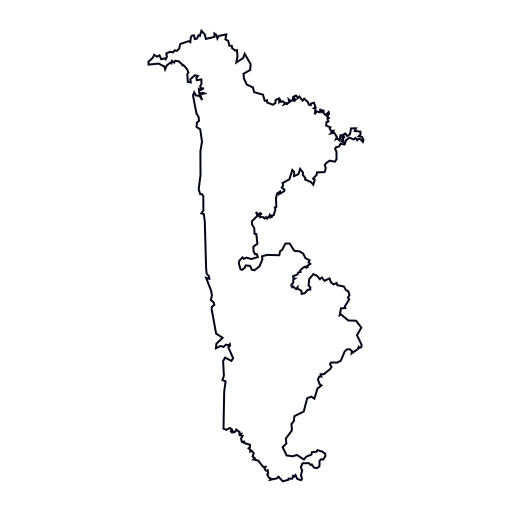 outline of Bajo Baudó (Pizarro), Chocó, Colombia
{"feature_id": "7082276B26608751492830", "entity_name": "Bajo Baudó (Pizarro)", "entity_type": "district", "adm_level": 2, "iso_a3": "COL", "parent_name": "Colombia", "parent_adm1": "Chocó", "projection": "robinson", "projection_center": [-77.183, 5.002], "detail": "fine", "context": "isolated", "style": "outline", "palette": "ink", "viewbox_px": 512, "rotation_deg": 0, "n_neighbors": 0, "source": "geoboundaries", "source_scale": "gbopen_adm2", "svg_char_len": 6022}
<svg xmlns="http://www.w3.org/2000/svg" viewBox="0 0 512 512"><path d="M362.9,141.9L363.5,139.9L362.0,136.9L358.7,136.3L360.5,134.4L360.4,131.7L354.7,130.9L356.0,128.3L351.1,128.4L350.0,134.2L347.2,136.1L345.3,133.5L343.1,134.8L344.2,137.1L343.0,138.5L343.5,142.1L341.8,141.6L342.6,136.5L341.6,135.2L340.5,135.2L339.6,140.5L337.4,138.5L335.9,139.2L336.9,137.0L334.1,132.6L330.9,133.4L333.2,130.8L331.1,130.9L329.7,128.6L330.4,127.3L326.1,125.6L326.5,122.1L328.4,121.5L327.5,118.6L328.8,117.9L327.2,116.5L329.0,113.9L328.6,112.0L325.6,115.0L323.3,112.7L323.7,110.8L322.3,110.2L321.6,111.6L320.3,109.9L319.8,112.3L316.7,111.4L314.8,114.2L315.4,108.7L314.0,108.1L315.6,107.1L313.9,102.7L311.1,103.6L310.7,105.2L308.8,104.6L308.0,102.2L304.2,98.7L302.6,100.6L299.4,96.5L298.0,98.1L296.0,95.5L293.2,96.8L292.9,98.3L294.2,97.4L294.4,99.4L295.8,99.5L294.4,101.0L292.6,99.9L291.0,101.2L288.7,99.3L289.3,102.4L287.2,103.2L287.1,104.7L286.4,103.2L284.2,104.3L285.0,103.0L282.8,101.3L280.8,101.8L280.3,100.3L279.2,101.9L278.9,98.4L275.6,100.0L275.4,103.1L272.9,104.7L267.3,102.6L267.0,100.3L264.7,100.8L263.0,94.7L254.2,92.2L252.9,87.4L246.8,84.6L244.0,78.7L243.5,73.8L250.2,69.9L250.6,64.1L244.7,53.8L243.2,58.0L236.3,62.5L237.5,56.1L236.9,50.1L235.2,50.6L232.1,48.1L231.8,45.9L229.3,45.7L228.3,40.9L225.4,39.4L226.3,34.4L218.9,35.9L217.4,38.6L216.2,34.6L214.4,33.5L214.4,36.9L205.9,38.9L204.8,34.5L201.4,30.7L199.9,35.9L198.5,35.3L197.1,38.5L194.9,39.1L194.0,35.4L192.2,35.5L190.9,37.1L190.3,42.2L188.5,41.2L180.3,44.0L179.1,48.8L176.7,50.9L174.6,50.4L173.0,52.4L170.1,51.8L166.3,53.4L166.9,56.7L165.7,59.3L164.8,58.4L161.2,59.2L159.5,55.3L157.0,56.7L154.2,54.8L152.9,57.7L148.5,61.6L148.6,64.6L158.7,63.6L164.3,66.5L165.1,69.4L166.7,65.5L170.2,62.7L171.4,63.4L172.0,60.9L174.2,62.6L175.1,60.8L178.7,61.3L182.4,64.7L182.6,66.3L182.9,64.9L184.2,65.8L187.2,69.5L188.4,72.6L187.3,73.9L187.8,82.0L190.8,82.4L190.3,79.2L195.0,75.2L197.8,76.0L196.4,77.7L196.8,80.2L201.3,79.4L201.5,83.7L200.1,86.5L201.3,88.4L203.8,88.3L200.9,90.0L198.9,89.0L199.4,93.5L203.0,92.8L204.5,93.4L200.1,94.6L202.2,100.1L199.6,96.0L195.8,95.4L194.2,92.4L193.0,95.5L196.4,113.2L198.6,117.1L199.0,120.9L196.9,122.6L196.6,127.0L200.2,129.3L202.0,141.6L200.4,151.2L200.5,175.1L198.7,189.3L200.2,194.1L201.8,194.0L203.3,196.1L203.4,210.4L201.4,213.4L203.8,214.1L204.8,221.8L206.1,268.0L206.6,273.6L209.0,276.3L209.3,278.8L206.1,277.8L211.3,291.2L211.9,295.6L210.8,300.0L213.7,302.4L214.3,304.9L211.9,306.8L211.6,309.0L216.1,333.6L222.6,337.8L216.4,343.7L215.9,348.3L220.7,346.0L223.6,346.9L226.0,344.6L229.1,345.2L229.8,344.2L230.1,345.6L228.3,347.2L233.1,358.2L231.4,360.9L225.1,357.6L223.1,361.1L223.9,375.8L222.4,380.0L225.6,381.5L224.2,391.4L223.5,428.7L226.2,429.8L230.0,428.0L231.8,429.4L230.8,431.3L231.8,432.3L232.4,430.6L233.6,432.3L235.5,431.6L236.2,429.5L239.5,432.0L239.2,433.6L241.3,433.7L240.1,435.3L242.6,435.9L241.0,438.6L242.0,442.1L244.2,441.6L244.3,443.1L249.9,444.7L249.9,447.4L248.6,448.3L250.2,449.6L250.3,451.6L251.8,450.8L253.7,453.1L252.6,456.5L254.8,458.2L253.4,459.5L258.2,460.6L263.1,466.8L265.6,466.8L264.5,468.8L266.0,470.7L267.7,470.2L268.2,473.4L267.2,474.6L269.2,478.0L271.5,478.8L270.6,479.7L276.8,478.4L278.5,476.7L282.7,481.3L288.4,479.8L288.6,478.7L292.2,478.7L293.1,475.8L294.3,476.6L295.5,475.1L297.2,478.8L300.9,480.2L302.0,478.9L301.0,475.0L302.2,470.5L300.8,467.3L302.5,463.3L308.7,463.1L310.9,465.1L311.8,464.5L314.0,467.6L316.9,468.2L319.4,466.4L319.6,460.8L321.2,459.2L323.1,459.6L325.5,455.9L325.0,453.6L322.5,451.7L317.5,450.1L316.4,451.8L312.0,452.1L311.4,454.6L306.3,456.7L303.9,459.5L297.0,455.0L292.5,456.3L286.6,455.4L282.6,447.1L286.4,443.5L285.8,438.6L291.9,430.4L291.5,424.1L293.9,421.0L294.4,416.1L303.7,411.6L307.2,398.2L311.3,396.7L314.4,398.6L317.4,388.6L321.5,385.4L319.6,384.1L317.9,379.4L319.4,376.4L321.3,376.6L320.7,374.2L323.8,374.2L330.3,368.9L331.5,366.9L330.0,364.2L331.0,362.5L337.4,362.5L340.8,360.7L344.7,351.5L346.6,349.5L349.7,349.2L351.9,351.1L351.6,353.4L357.9,349.0L358.7,346.9L359.5,347.9L361.3,347.1L361.6,344.8L357.0,335.2L361.3,327.6L356.0,320.7L348.3,320.5L341.0,314.4L339.7,315.2L341.0,308.3L345.3,308.1L344.8,306.5L349.2,299.3L347.9,297.5L349.5,295.2L348.3,291.3L345.8,289.9L343.9,286.5L337.4,285.2L336.6,283.0L333.8,284.4L331.0,282.4L329.5,278.4L324.5,280.8L321.9,277.5L319.8,279.2L317.3,276.0L313.4,274.1L309.2,279.1L308.6,285.5L310.3,287.3L310.2,289.6L307.7,289.8L304.8,293.2L301.6,293.8L301.3,290.7L297.4,288.6L297.5,287.4L296.1,289.1L293.0,286.5L292.2,287.2L291.2,285.1L293.2,282.8L293.3,279.6L294.8,278.6L293.4,278.5L293.1,276.2L297.4,274.5L298.2,272.5L300.5,272.0L300.2,270.4L302.3,268.4L304.9,266.6L306.2,267.7L307.7,267.0L307.3,265.8L310.3,263.9L308.6,262.5L309.6,260.3L305.3,258.0L303.2,253.6L299.6,251.4L294.3,250.8L289.6,243.5L285.4,243.5L282.2,249.8L280.0,251.4L279.3,255.2L267.0,254.9L262.0,256.3L262.4,259.5L259.5,266.3L254.5,270.3L251.9,269.7L250.0,265.9L245.8,265.4L244.4,268.2L241.8,269.9L240.5,269.2L238.8,263.3L239.5,260.4L242.6,257.4L243.9,258.9L246.3,257.6L251.4,259.0L257.8,257.1L256.9,254.2L255.0,254.2L253.5,251.2L253.4,246.6L257.4,243.8L256.3,234.1L254.5,233.7L254.3,228.3L252.0,224.3L251.9,221.3L256.9,216.3L257.2,214.0L255.7,212.2L258.5,214.2L260.4,213.1L261.2,213.9L259.0,216.1L259.8,217.1L263.4,217.2L264.6,218.5L266.0,217.1L267.1,218.6L268.8,216.5L269.8,217.3L269.9,215.1L272.2,217.5L271.5,215.5L273.7,215.2L275.4,209.4L274.8,207.4L276.3,206.9L276.0,198.3L277.1,193.5L279.8,191.7L279.4,194.0L284.3,191.1L284.4,189.6L281.8,187.6L283.1,185.5L282.6,183.0L289.4,179.3L292.3,170.0L294.1,171.9L294.1,176.1L298.4,174.2L300.1,168.9L303.0,172.6L302.8,174.8L305.4,178.1L305.1,179.5L311.0,182.1L313.3,184.7L314.7,179.9L313.1,178.7L316.7,174.7L317.0,172.4L324.6,172.1L325.8,168.1L324.8,165.2L326.1,163.1L329.6,160.7L334.9,161.7L336.5,159.2L336.5,151.8L335.1,148.8L336.0,147.3L339.2,146.4L340.5,143.8L344.6,144.5L346.1,140.1L349.4,137.7L353.7,139.4L355.4,137.9L357.1,140.2L358.2,138.9L360.4,139.2L362.9,141.9Z" fill="none" stroke="#020617" stroke-width="2"/></svg>